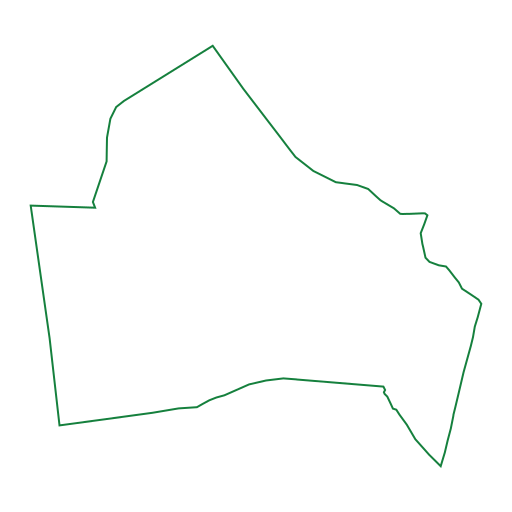 the district of Galabat Ash-Shargiah, Gedarif, Sudan
{"feature_id": "16777658B9065455828294", "entity_name": "Galabat Ash-Shargiah", "entity_type": "district", "adm_level": 2, "iso_a3": "SDN", "parent_name": "Sudan", "parent_adm1": "Gedarif", "projection": "robinson", "projection_center": [35.988, 13.403], "detail": "fine", "context": "isolated", "style": "outline", "palette": "green", "viewbox_px": 512, "rotation_deg": 0, "n_neighbors": 0, "source": "geoboundaries", "source_scale": "gbopen_adm2", "svg_char_len": 1234}
<svg xmlns="http://www.w3.org/2000/svg" viewBox="0 0 512 512"><path d="M59.5,425.4L152.4,412.8L178.6,408.4L196.9,407.2L202.7,403.9L209.3,400.3L216.4,397.5L224.4,395.3L249.1,384.4L266.0,380.5L283.4,378.4L296.5,379.4L296.8,379.5L383.4,386.6L385.1,390.0L383.9,392.2L384.6,393.9L387.3,396.6L391.0,404.4L392.9,408.6L396.3,409.7L399.5,414.7L406.8,424.7L415.3,439.2L429.2,454.8L438.1,463.6L440.7,466.2L444.8,452.6L447.6,440.7L450.8,428.6L453.3,416.1L453.5,414.5L455.2,407.7L458.6,393.4L463.6,372.1L470.8,346.1L473.0,337.1L474.8,326.6L477.7,317.3L481.3,303.8L478.5,299.7L471.3,294.8L462.0,288.7L458.8,282.4L454.8,277.5L449.2,270.2L446.0,266.5L438.8,265.3L429.5,261.9L425.5,257.7L423.1,246.8L422.4,244.0L421.5,238.3L420.7,233.2L424.2,224.3L427.4,215.3L425.0,213.4L422.9,213.3L408.7,213.9L406.0,213.9L402.7,214.0L400.2,213.8L398.6,212.4L393.9,208.3L382.6,201.6L380.4,200.2L376.4,196.6L368.2,189.0L357.0,185.0L348.6,183.9L344.7,183.4L341.2,182.9L335.8,182.2L313.4,171.0L295.5,157.0L290.6,150.7L286.4,145.2L280.5,137.4L266.7,119.4L243.3,88.8L212.7,45.8L124.0,100.9L116.2,107.0L110.4,118.7L107.0,137.6L106.8,148.4L106.6,161.4L92.9,202.0L95.1,207.7L30.7,205.6L45.8,311.6L49.6,338.2L59.5,425.4Z" fill="none" stroke="#15803d" stroke-width="2"/></svg>